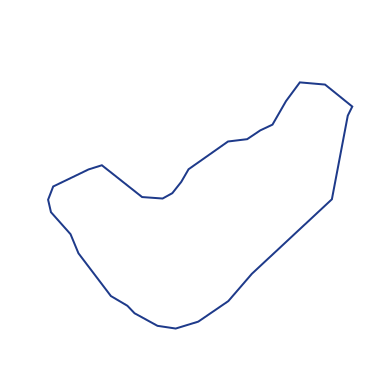 an SVG outline of Gornji Petrovci, rotated 105°
{"feature_id": "SVN-928", "entity_name": "Gornji Petrovci", "entity_type": "Municipality", "adm_level": 1, "iso_a3": "SVN", "parent_name": "Slovenia", "parent_adm1": "", "projection": "robinson", "projection_center": [16.198, 46.801], "detail": "fine", "context": "isolated", "style": "outline", "palette": "blue", "viewbox_px": 384, "rotation_deg": 105, "n_neighbors": 0, "source": "natural_earth", "source_scale": "10m", "svg_char_len": 527}
<svg xmlns="http://www.w3.org/2000/svg" viewBox="0 0 384 384"><g transform="rotate(105 192 192)"><path d="M77.9,61.3L162.8,55.0L255.5,113.0L288.0,128.7L315.6,152.4L328.1,172.4L330.2,190.7L324.0,216.1L318.6,225.0L313.5,243.4L280.6,285.8L264.2,298.4L248.0,323.0L236.7,329.0L222.6,327.5L197.0,297.8L189.5,286.0L209.8,238.9L205.9,218.7L198.2,210.7L185.0,205.0L170.9,201.2L133.9,170.3L126.7,152.4L114.8,142.0L106.1,131.7L79.8,124.7L58.2,116.2L53.8,91.3L68.0,59.3L77.9,61.3Z" fill="none" stroke="#1e3a8a" stroke-width="2"/></g></svg>